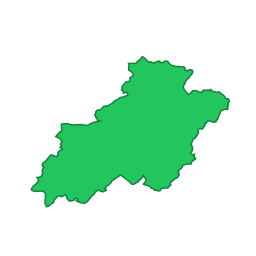 Tan Lac, Hòa Bình, Vietnam (Equal Earth projection), rotated 262°
{"feature_id": "81297802B22385523751240", "entity_name": "Tan Lac", "entity_type": "district", "adm_level": 2, "iso_a3": "VNM", "parent_name": "Vietnam", "parent_adm1": "Hòa Bình", "projection": "equal_earth", "projection_center": [105.222, 20.611], "detail": "fine", "context": "isolated", "style": "filled", "palette": "green", "viewbox_px": 256, "rotation_deg": 262, "n_neighbors": 0, "source": "geoboundaries", "source_scale": "gbopen_adm2", "svg_char_len": 5794}
<svg xmlns="http://www.w3.org/2000/svg" viewBox="0 0 256 256"><g transform="rotate(262 128 128)"><path d="M134.9,229.5L135.4,229.6L136.2,230.5L136.6,230.7L137.6,230.5L138.6,230.6L139.3,231.1L140.4,232.1L141.5,232.1L143.0,231.1L143.3,229.7L143.6,228.8L144.6,228.6L146.3,227.7L147.9,226.3L148.4,225.7L151.1,223.2L151.1,221.1L152.1,217.9L152.7,216.9L154.7,215.0L153.9,214.3L153.7,213.7L154.6,212.6L154.4,210.9L154.8,209.3L155.0,207.9L153.7,206.7L153.0,205.9L153.4,204.7L153.7,203.4L153.9,202.7L154.8,201.9L155.4,201.0L155.9,197.9L155.5,197.3L155.7,197.0L153.7,194.7L153.1,193.2L153.2,192.3L153.4,192.0L154.9,191.0L155.7,190.3L159.8,188.5L161.0,188.5L161.7,188.7L163.2,189.7L164.4,190.7L165.1,190.9L165.8,191.4L167.6,192.9L167.9,193.2L169.3,195.4L171.1,196.8L172.4,198.6L172.8,199.0L174.2,199.8L175.5,199.9L175.9,199.9L176.3,199.7L176.7,198.9L177.2,196.8L175.9,195.0L176.9,194.2L177.3,192.7L179.2,192.7L179.9,192.5L180.7,191.9L180.9,191.3L180.8,190.3L180.9,189.7L182.1,186.1L181.9,184.9L182.0,184.3L183.3,181.5L183.7,179.9L185.8,178.1L186.6,177.6L187.8,177.1L188.9,175.6L189.1,174.6L189.0,173.8L188.7,172.9L188.0,171.9L187.9,171.4L188.2,169.7L188.4,169.3L188.7,168.9L189.7,168.7L190.0,168.2L189.9,167.2L189.2,163.9L189.0,163.6L188.3,163.2L188.2,163.0L189.1,162.0L190.3,160.0L190.5,159.2L190.3,158.3L190.5,157.7L191.3,156.7L193.6,155.3L195.2,153.9L196.6,152.2L195.8,151.1L194.1,149.5L193.7,148.9L192.6,146.5L191.4,145.5L191.1,144.9L191.0,143.7L191.1,142.9L191.5,141.3L191.6,139.1L191.9,137.6L191.0,137.9L185.6,136.6L185.0,136.9L183.9,138.5L182.9,139.4L182.0,140.0L180.9,140.4L179.4,140.2L178.9,139.9L178.6,139.5L177.4,136.8L176.7,137.0L176.2,137.0L174.2,135.9L174.0,135.7L173.8,132.5L173.1,131.4L172.2,130.4L170.9,129.2L169.9,127.9L169.2,127.6L168.0,127.9L166.6,127.0L166.1,127.1L165.4,128.3L164.9,128.7L164.4,128.8L163.2,128.2L163.5,132.2L160.8,132.5L160.4,131.7L159.6,129.1L159.3,127.2L159.3,125.7L159.0,124.1L158.4,123.2L157.5,121.2L157.1,119.3L156.5,118.6L156.0,117.3L155.8,117.1L155.1,116.8L153.8,113.6L152.6,111.3L152.8,109.8L152.7,108.9L152.8,106.9L151.4,105.1L150.0,103.8L149.9,100.1L149.3,99.1L148.6,98.4L147.8,98.3L147.3,98.2L146.1,97.2L145.1,97.0L143.5,97.8L142.1,98.0L141.3,98.8L139.9,99.0L139.6,99.2L139.3,99.8L138.9,101.3L138.7,100.6L138.6,99.4L138.7,97.4L138.4,96.2L138.4,95.0L137.5,91.8L137.5,91.4L136.5,89.3L136.2,88.0L136.5,86.7L137.9,82.2L138.1,80.6L138.2,78.5L138.8,73.2L139.5,71.4L140.0,70.5L140.5,69.4L141.0,66.9L141.1,62.5L134.2,62.2L133.8,60.2L133.2,60.0L132.3,58.4L129.6,55.3L127.0,59.1L124.5,60.4L123.7,60.6L123.1,60.3L121.3,58.9L120.9,58.9L119.4,60.0L118.8,58.8L117.9,57.9L117.7,58.1L117.7,58.8L117.5,59.4L117.2,59.7L115.8,59.9L115.5,59.7L115.4,59.1L115.5,58.3L114.7,56.4L114.1,55.9L113.2,55.3L110.2,54.3L109.7,53.7L109.7,53.1L110.0,52.0L111.5,49.7L112.0,48.2L112.0,47.8L109.9,45.3L106.4,41.6L106.1,41.1L106.0,40.3L105.3,39.2L104.4,38.4L103.9,38.0L102.3,38.0L102.0,38.1L101.0,39.5L99.3,37.8L98.6,37.3L96.9,37.1L95.8,37.3L95.0,37.1L93.0,35.9L92.3,35.3L91.9,34.7L91.6,33.0L91.7,31.0L90.7,31.5L89.4,31.9L87.7,31.8L87.2,31.5L86.6,30.8L83.4,26.1L82.2,24.8L81.5,24.2L80.9,23.9L79.8,23.9L79.0,25.0L78.2,27.3L77.8,29.6L77.8,32.3L77.4,34.1L76.9,35.3L75.9,36.4L74.8,36.9L73.5,37.1L70.5,36.6L68.3,35.9L65.5,35.4L64.5,35.4L62.2,36.3L61.4,36.2L61.5,37.4L61.8,38.7L63.2,40.9L64.7,44.0L66.7,44.8L67.4,45.4L69.2,47.6L70.3,49.2L70.5,49.8L70.5,50.6L69.5,52.0L69.2,52.9L69.3,53.4L70.5,55.8L70.4,56.4L69.4,57.5L66.9,57.8L64.4,59.2L63.8,59.9L63.7,62.0L64.2,65.1L65.5,65.7L65.5,67.3L64.0,68.5L63.5,67.6L62.9,66.8L60.4,70.9L60.3,71.7L60.4,72.4L59.7,73.4L59.4,73.8L59.4,74.2L60.3,76.5L61.8,78.7L62.6,79.6L63.8,80.6L64.1,81.3L65.5,82.5L66.2,83.3L66.9,84.9L67.7,85.7L68.8,86.4L69.5,87.5L70.3,89.2L70.4,89.8L70.3,90.8L68.9,92.5L68.4,94.5L68.5,95.0L69.4,97.9L69.8,97.8L70.7,97.1L71.5,96.6L71.7,96.8L72.0,97.6L72.4,98.0L73.4,98.3L73.6,98.4L73.7,99.6L74.4,101.1L75.3,102.0L76.0,103.2L76.5,103.8L77.7,104.7L78.2,105.3L79.3,107.9L79.6,108.3L81.6,112.4L82.8,113.8L80.1,116.7L76.2,120.4L74.1,122.5L72.7,123.2L71.8,124.1L71.5,125.6L71.7,126.4L72.9,129.1L73.4,130.7L73.8,131.2L74.7,131.5L75.0,132.7L76.6,135.0L78.6,136.2L78.9,136.6L78.1,136.7L75.5,138.3L74.6,138.6L73.8,138.6L73.2,138.5L72.6,138.0L71.4,136.9L70.5,135.5L70.2,135.5L69.6,136.4L69.4,137.0L67.2,141.3L66.0,142.2L65.1,142.6L64.9,143.8L64.1,144.6L62.8,145.6L62.6,147.5L61.6,148.5L61.4,151.1L61.6,151.4L62.8,151.7L63.1,152.0L63.4,152.5L63.5,154.0L63.1,159.5L63.8,159.7L64.5,160.2L64.8,160.8L65.0,161.7L65.4,162.4L65.8,162.4L66.5,162.1L67.0,162.2L67.9,162.6L68.9,163.6L69.2,164.1L69.7,165.4L69.9,165.6L70.6,165.9L71.5,168.8L72.3,170.3L72.8,170.9L73.3,171.2L74.0,171.9L74.8,171.6L75.0,171.7L75.4,172.3L77.4,171.5L77.6,171.6L78.2,172.4L79.2,172.2L80.7,175.2L81.6,176.1L82.0,176.3L82.7,176.5L83.1,176.8L83.7,178.1L84.1,181.1L84.1,181.9L83.6,185.7L84.4,185.6L86.0,186.8L86.6,187.8L87.0,188.4L87.4,189.8L87.9,190.6L88.6,190.7L89.2,190.0L90.0,189.6L90.9,189.6L92.7,190.2L92.7,188.8L92.9,187.6L93.7,186.8L94.4,186.4L94.8,186.6L95.4,187.4L96.8,188.6L97.8,189.0L100.2,189.1L102.7,188.4L103.7,188.5L105.8,189.8L106.4,190.3L107.4,190.5L108.1,191.0L108.3,191.5L108.2,192.3L108.3,192.7L109.2,193.0L109.8,194.4L110.2,194.8L111.1,195.2L112.9,196.8L113.8,197.2L115.7,197.0L116.8,197.6L117.1,198.2L117.2,198.8L116.8,200.3L116.8,201.2L116.8,201.5L117.1,202.1L118.2,202.9L119.9,204.4L121.1,204.5L121.9,204.8L122.0,205.1L121.7,205.8L121.8,206.3L122.7,206.4L123.8,208.0L123.9,208.5L123.3,210.5L121.6,213.8L121.7,214.1L122.2,214.6L121.9,215.6L122.0,216.1L122.3,216.4L123.1,216.2L123.4,216.3L123.9,216.8L123.9,217.4L123.9,217.8L124.5,218.2L127.8,219.7L129.2,221.0L130.2,221.4L132.1,222.6L132.4,222.9L132.6,223.5L132.7,224.7L133.1,226.4L133.0,227.1L132.4,228.8L132.6,229.1L133.4,229.7L134.1,229.7L134.9,229.5Z" fill="#22c55e" stroke="#15803d" stroke-width="1.5"/></g></svg>